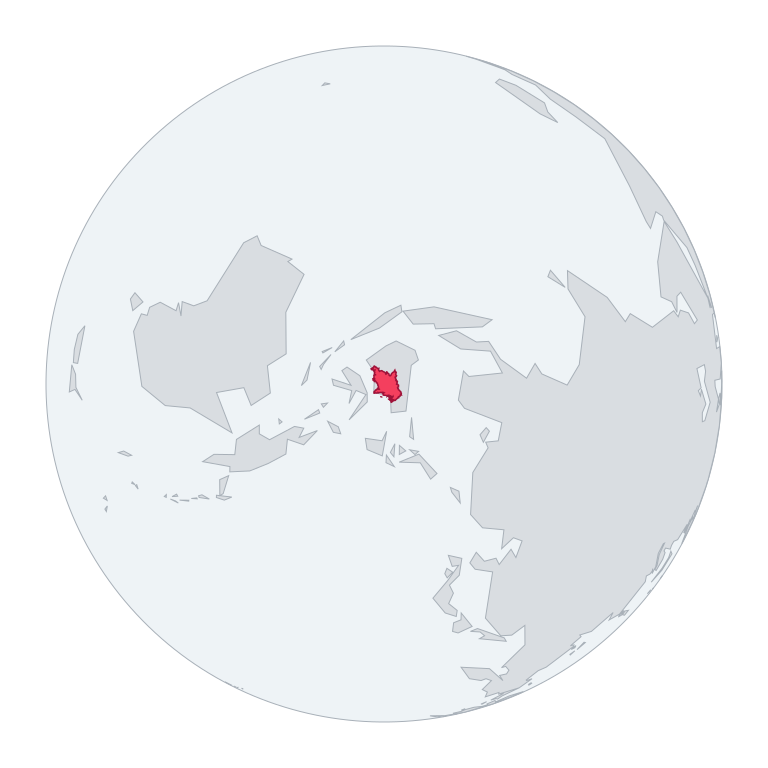 Kalimantan Timur highlighted on a globe, orthographic projection, rotated 137°
{"feature_id": "IDN-1185", "entity_name": "Kalimantan Timur", "entity_type": "Province", "adm_level": 1, "iso_a3": "IDN", "parent_name": "Indonesia", "parent_adm1": "", "projection": "orthographic", "projection_center": [116.728, 1.017], "detail": "fine", "context": "on_globe", "style": "filled", "palette": "rose", "viewbox_px": 768, "rotation_deg": 137, "n_neighbors": 0, "source": "natural_earth", "source_scale": "10m", "svg_char_len": 13057}
<svg xmlns="http://www.w3.org/2000/svg" viewBox="0 0 768 768"><g transform="rotate(137 384 384)"><circle cx="384" cy="384" r="338" fill="#eef3f6" stroke="#a8b0b8"/><path d="M674.0,480.1L673.6,482.5L673.3,482.9L674.0,480.1ZM556.9,93.6L557.2,93.8L555.4,92.8L556.9,93.6ZM548.7,88.9L572.2,104.2L576.7,110.0L564.7,99.1L558.1,94.8L557.7,95.9L550.8,91.9L546.7,90.5L538.5,86.1L532.1,81.3L526.7,78.7L526.7,79.7L518.6,76.8L519.3,75.4L505.2,70.5L491.8,64.0L494.5,64.7L522.1,75.6L548.7,88.9ZM703.4,274.7L700.7,267.2L702.4,271.3L703.4,274.7ZM698.9,263.2L699.9,265.6L699.1,263.7L698.9,263.2ZM698.3,262.1L698.7,262.9L698.3,262.1ZM697.7,261.7L697.9,261.6L698.0,261.9L697.7,261.7ZM695.7,258.7L695.1,257.7L695.1,256.8L695.7,258.7ZM565.7,99.2L565.1,98.7L568.0,100.7L565.7,99.2ZM547.6,91.2L549.9,92.8L546.8,91.5L547.6,91.2ZM531.4,83.8L525.6,81.7L530.4,82.9L531.4,83.8ZM521.5,80.0L507.6,76.1L511.6,79.0L492.3,69.6L510.6,75.4L515.8,76.1L516.6,77.5L521.5,80.0ZM483.9,65.6L479.6,64.3L482.9,64.8L483.9,65.6ZM96.5,206.5L94.2,210.8L96.4,210.8L116.6,183.1L113.0,182.4L123.1,169.2L134.7,158.4L139.5,161.1L143.6,156.2L149.7,144.8L160.0,136.7L152.8,140.4L148.9,145.3L144.3,148.3L147.6,144.2L151.1,141.1L152.3,138.9L135.2,155.5L129.3,162.3L127.9,163.5L146.8,143.3L167.2,124.8L189.2,107.9L212.4,92.9L215.3,91.4L217.5,90.0L239.9,78.4L241.8,77.5L244.9,76.0L271.9,65.2L275.1,64.2L258.5,72.5L249.4,75.8L250.8,74.1L237.5,81.2L244.3,77.9L242.3,79.6L253.9,74.8L253.1,75.9L265.8,70.1L266.0,70.9L257.9,74.6L275.4,69.9L279.4,71.3L283.8,69.9L287.3,68.0L290.0,72.0L293.1,70.9L293.4,69.0L299.8,65.7L312.2,62.0L312.4,63.6L308.0,65.1L299.1,71.5L287.3,76.3L288.6,76.7L299.0,73.0L309.8,65.1L317.2,62.5L313.3,65.7L315.3,64.3L319.0,63.6L323.0,64.7L327.8,61.2L368.6,55.1L380.3,57.9L372.3,60.6L401.0,61.6L412.0,66.9L412.2,64.8L426.2,65.4L422.9,63.6L424.1,62.8L458.5,66.3L466.8,69.2L481.9,70.5L482.0,69.8L476.7,67.5L492.3,69.6L511.6,79.0L510.3,80.0L523.3,86.1L518.5,88.2L520.5,93.5L507.7,93.8L510.4,98.9L515.2,100.9L522.5,110.2L520.8,124.3L501.0,103.9L499.3,86.0L498.2,92.0L492.1,88.4L487.8,89.5L487.6,94.5L491.5,96.4L458.8,97.1L445.6,111.4L461.8,113.2L470.3,120.2L469.5,143.6L432.7,172.5L443.7,186.4L443.2,194.6L431.3,198.0L431.5,185.9L420.9,180.2L422.9,173.4L403.8,176.5L405.9,167.1L390.0,175.1L394.2,183.3L410.3,183.3L395.7,195.6L410.0,211.6L409.7,229.5L379.4,258.7L351.4,266.3L349.3,272.1L339.2,264.5L324.2,275.4L341.7,311.3L340.6,321.5L317.0,339.3L316.8,331.6L289.9,311.3L283.7,335.4L304.0,357.3L310.9,382.2L294.7,373.5L287.8,351.7L278.4,343.8L281.9,322.6L275.8,291.0L259.5,296.0L261.7,283.7L250.8,258.3L228.0,265.0L191.1,296.1L184.6,328.0L172.5,341.8L161.7,295.1L165.0,265.0L155.9,267.5L149.0,242.4L122.2,240.0L123.0,232.5L116.9,235.9L112.8,228.3L115.8,216.4L111.2,217.1L104.4,248.8L109.9,248.4L120.9,236.5L117.5,248.0L122.0,258.8L100.5,286.7L68.3,311.8L72.9,288.1L88.6,225.8L92.5,219.1L92.9,218.4L93.6,217.0L87.0,227.9L92.4,216.3L75.6,258.4L69.4,277.2L67.7,313.2L65.9,316.9L67.7,324.6L83.0,316.0L81.4,324.0L69.4,361.3L55.2,412.8L61.5,448.5L68.1,479.0L69.2,499.2L79.2,522.9L81.2,531.2L88.0,544.7L95.3,559.0L100.4,567.7L88.2,547.3L77.4,526.0L68.1,504.1L60.5,481.5L54.4,458.5L50.0,435.1L47.2,411.5L46.1,387.7L46.7,363.9L48.9,340.2L52.9,316.7L58.4,293.5L65.6,270.8L74.4,248.7L84.7,227.2L96.5,206.5ZM136.5,179.7L144.6,181.9L154.7,164.9L158.7,164.7L160.7,159.4L155.4,163.7L162.3,149.8L170.8,145.9L176.9,139.3L174.4,138.4L157.9,148.2L147.8,167.5L140.1,174.0L136.5,179.7ZM112.1,187.6L107.4,192.8L108.8,190.2L110.1,188.9L112.1,187.6ZM107.4,189.9L107.2,190.1L107.3,190.0L107.4,189.9ZM314.9,53.2L312.9,53.7L310.7,54.1L312.0,53.8L314.9,53.2ZM327.7,50.8L325.7,51.2L327.2,50.9L327.7,50.8ZM218.6,640.2L225.6,644.4L221.9,644.6L218.6,640.2ZM85.6,475.1L96.8,528.4L91.6,528.3L83.8,512.5L74.9,480.1L78.7,471.2L78.6,456.7L85.6,475.1ZM397.0,446.0L407.5,448.4L407.1,449.9L397.0,446.0ZM386.1,439.6L398.0,441.1L384.1,443.0L386.1,439.6ZM402.6,441.7L414.8,439.6L420.0,437.5L419.1,440.7L402.6,441.7ZM378.0,439.1L334.8,435.5L317.9,430.1L321.7,424.6L349.1,428.0L378.0,439.1ZM320.4,424.3L294.8,406.3L261.1,357.3L273.1,358.7L308.6,389.2L306.3,394.0L321.8,407.9L320.4,424.3ZM383.0,398.8L380.6,413.6L356.6,410.5L345.8,407.2L338.3,387.5L342.5,378.1L351.3,379.1L386.4,349.2L398.4,358.1L387.4,370.9L397.4,384.7L383.0,398.8ZM185.6,331.1L191.0,350.7L184.7,353.7L185.6,331.1ZM401.2,328.0L386.6,340.8L400.1,323.3L401.2,328.0ZM409.5,311.3L410.1,318.4L404.6,311.1L409.5,311.3ZM348.4,281.4L339.0,282.4L339.1,277.6L351.1,273.6L348.4,281.4ZM409.4,245.0L408.2,258.6L406.0,263.1L402.3,254.5L409.4,245.0ZM323.7,56.8L306.3,59.6L294.2,62.9L288.2,66.1L289.2,63.4L307.8,58.3L323.7,56.8ZM363.0,54.8L368.2,53.0L371.0,53.8L370.2,54.3L363.0,54.8ZM362.6,53.7L359.6,51.8L365.8,50.9L366.9,52.5L362.6,53.7ZM334.4,51.0L329.2,51.6L331.5,51.0L334.4,51.0ZM594.0,608.0L596.6,611.5L586.9,620.5L574.0,629.1L563.0,630.6L594.0,608.0ZM503.9,620.6L504.3,608.4L517.7,609.0L511.5,619.1L503.9,620.6ZM602.9,601.5L611.6,591.7L615.8,577.9L613.7,590.8L619.6,592.8L599.2,611.0L602.9,601.5ZM456.6,565.5L390.3,583.0L375.7,578.9L379.4,569.1L366.1,538.1L370.8,539.1L367.7,518.7L406.9,503.4L435.0,472.8L456.8,476.9L473.3,454.9L495.8,458.9L489.0,476.9L512.3,492.0L528.5,451.9L542.1,498.7L558.7,517.4L562.7,547.4L531.2,593.3L513.6,600.8L510.4,595.7L503.1,599.9L491.9,596.4L486.1,579.4L478.8,583.6L486.1,572.2L475.4,581.9L469.8,570.9L456.6,565.5ZM617.2,504.0L620.4,505.8L625.1,515.0L620.1,512.5L617.2,504.0ZM665.9,487.7L667.1,491.9L663.9,492.1L665.9,487.7ZM673.3,482.9L669.5,483.5L674.0,480.1L673.3,482.9ZM634.7,480.2L636.3,483.4L634.9,484.1L634.7,480.2ZM633.5,479.0L635.5,474.8L635.1,479.3L633.5,479.0ZM618.6,451.6L620.6,449.6L621.4,451.6L618.6,451.6ZM423.0,449.9L437.6,439.4L445.5,439.2L423.0,449.9ZM615.8,446.2L610.8,444.9L611.4,442.6L615.8,446.2ZM616.2,440.6L615.6,437.2L618.7,445.6L616.2,440.6ZM606.7,431.5L612.7,438.5L606.0,432.1L606.7,431.5ZM603.0,431.7L598.6,428.4L598.9,427.4L603.0,431.7ZM553.0,428.7L569.6,450.9L556.3,448.5L541.3,434.1L529.7,444.1L503.2,439.0L509.2,432.6L505.7,421.3L478.4,414.0L472.8,406.4L482.5,402.8L464.5,395.4L484.2,394.3L492.3,409.5L503.5,399.7L522.8,404.8L541.5,412.0L556.7,424.9L553.0,428.7ZM484.4,425.8L487.8,426.2L484.8,430.2L484.4,425.8ZM590.2,419.0L596.6,427.1L595.8,428.7L592.7,427.1L590.2,419.0ZM560.1,422.9L576.4,413.5L580.2,414.3L569.4,426.1L560.1,422.9ZM572.4,405.1L580.0,408.0L584.0,415.3L582.4,416.9L572.4,405.1ZM444.2,408.3L443.4,412.2L438.3,408.6L444.2,408.3ZM450.8,406.6L466.2,412.5L449.4,409.9L450.8,406.6ZM404.4,388.6L408.8,398.3L422.9,393.6L412.1,401.2L421.8,417.5L418.6,423.1L409.0,405.5L405.7,422.5L399.5,421.6L396.0,406.5L402.3,389.1L408.5,382.3L434.0,381.6L404.4,388.6ZM450.6,395.2L446.6,383.9L449.6,377.1L454.0,383.2L450.6,395.2ZM434.7,357.0L424.1,343.8L414.3,347.6L434.3,332.6L441.1,347.6L434.7,357.0ZM426.0,329.6L416.8,332.9L426.4,324.0L426.0,329.6ZM414.6,328.6L413.7,320.2L420.9,322.0L414.6,328.6ZM430.7,330.4L432.8,316.5L436.2,325.1L430.7,330.4ZM411.2,301.6L426.2,316.5L406.3,308.9L406.3,282.4L414.8,282.6L411.2,301.6ZM463.7,206.3L462.1,199.5L470.0,199.1L468.9,203.8L463.7,206.3ZM494.3,194.0L471.6,196.8L453.1,200.5L458.5,204.1L453.8,214.8L446.0,203.4L459.4,192.8L473.3,192.3L475.9,183.7L486.5,179.3L484.9,168.5L489.7,164.7L495.4,174.8L494.3,194.0ZM483.7,163.9L484.9,146.6L499.6,151.4L502.6,156.3L495.9,161.9L488.5,159.0L483.7,163.9ZM489.5,144.1L482.4,141.4L469.2,116.3L470.1,112.5L487.9,132.6L482.1,131.3L482.8,137.1L489.5,144.1ZM480.6,65.3L479.7,64.4L483.1,65.7L480.6,65.3ZM422.0,61.8L424.2,61.0L428.1,62.1L422.0,61.8ZM432.4,59.5L426.4,58.7L432.6,58.8L432.4,59.5ZM413.1,57.6L424.0,58.1L413.8,58.7L413.1,57.6Z" fill="#d9dde1" stroke="#a8b0b8" stroke-width="1"/><path d="M382.8,364.1L383.1,364.5L383.3,364.4L383.5,364.4L383.9,364.3L384.5,364.5L384.9,364.4L385.5,364.5L386.6,364.5L386.7,364.3L386.9,364.3L387.2,364.6L387.7,364.9L388.2,365.3L388.8,365.4L388.9,365.5L388.7,365.7L387.8,365.4L388.0,365.7L387.9,365.8L388.3,365.9L388.4,366.0L388.7,366.1L389.2,366.7L389.6,366.8L389.4,367.0L389.0,366.8L388.7,366.8L389.0,366.9L389.3,367.2L389.6,367.1L389.8,367.2L390.2,367.7L389.7,367.7L389.9,367.9L390.4,368.0L390.5,368.1L390.0,368.6L389.3,368.6L388.8,368.4L388.6,367.8L388.4,367.6L388.5,368.1L388.7,368.5L388.1,368.6L386.1,368.5L385.9,368.6L385.8,368.8L386.1,368.7L386.8,368.7L386.9,368.8L386.8,369.0L387.0,369.4L387.4,369.5L387.5,369.7L387.8,369.7L388.2,369.7L388.2,370.1L387.8,370.5L387.7,370.9L387.2,370.7L387.2,370.8L387.7,371.2L388.3,371.3L388.3,371.6L388.9,371.7L389.2,371.8L389.3,372.1L388.9,372.4L389.1,372.4L389.5,372.3L389.6,372.5L388.8,372.8L389.9,372.9L389.3,373.3L389.6,373.5L390.0,373.6L390.3,374.3L390.5,374.6L391.4,375.4L391.7,376.1L391.8,376.0L392.0,376.2L392.1,376.6L391.8,376.9L391.2,377.1L391.0,377.6L390.5,377.6L390.9,377.9L390.5,378.0L390.0,377.9L390.0,378.0L390.4,378.1L390.6,378.3L390.8,378.3L390.7,378.6L390.7,378.8L390.9,378.9L391.1,379.3L391.6,379.5L391.8,379.5L392.2,380.2L392.6,380.4L393.1,380.8L393.6,381.0L394.0,381.2L393.9,381.4L394.1,381.5L394.2,381.8L394.3,381.7L394.6,381.9L395.1,382.0L395.5,382.4L395.9,382.7L396.1,383.0L396.3,383.3L396.6,383.8L396.9,383.6L397.3,383.8L397.4,384.1L397.5,384.2L397.1,384.6L396.6,384.9L396.5,385.1L396.2,385.2L395.4,385.0L394.8,385.3L394.3,385.1L394.0,385.0L393.8,385.2L393.4,384.9L392.6,384.8L392.1,384.6L391.8,384.4L391.4,383.6L391.1,383.4L390.9,383.4L390.9,383.6L391.4,384.2L391.4,384.5L391.6,384.8L391.7,385.3L391.4,385.3L391.2,385.1L390.9,385.1L390.4,385.2L390.0,385.6L389.8,386.2L389.3,387.0L389.2,387.2L389.3,387.4L389.0,387.7L388.7,388.3L388.7,388.7L388.4,389.0L388.5,389.1L388.4,389.4L388.4,389.7L388.5,389.7L388.5,389.8L388.7,390.2L388.5,390.5L388.3,391.2L388.2,391.4L388.2,391.7L388.4,391.9L388.5,392.0L388.5,392.3L388.3,392.5L388.2,393.1L389.1,392.5L389.3,392.5L389.2,392.8L388.9,392.9L388.9,393.0L389.1,393.1L389.1,393.4L389.0,393.5L388.7,393.6L389.0,393.7L389.0,393.8L388.8,394.0L388.5,394.1L389.2,394.3L389.3,394.5L388.9,394.7L388.8,394.8L388.5,394.7L388.5,394.9L388.3,394.8L388.2,395.2L387.8,394.9L387.8,395.2L387.6,395.3L387.5,395.0L387.3,394.8L387.1,395.4L386.6,395.8L386.0,396.6L385.8,396.7L385.7,397.1L385.4,397.3L384.5,397.4L384.5,397.2L384.4,397.2L384.4,396.8L384.1,396.5L384.2,396.0L384.0,396.3L383.9,396.6L384.2,397.0L384.4,397.3L384.2,397.7L384.2,398.0L383.1,398.5L382.9,398.7L382.9,399.0L383.0,399.3L382.9,399.6L381.6,400.0L381.0,400.5L381.4,400.6L381.7,400.5L381.9,400.5L381.9,400.4L382.3,400.5L382.1,400.9L382.5,401.2L382.4,401.5L382.4,402.0L382.2,402.2L381.7,402.4L381.4,402.8L381.9,402.6L382.0,402.7L382.0,402.9L382.1,403.0L382.8,402.8L382.9,403.0L383.2,402.9L383.3,403.1L383.1,403.9L382.0,403.6L380.0,403.5L379.7,403.4L379.3,403.6L379.2,403.8L378.8,403.7L378.6,402.9L378.7,402.1L378.3,401.9L378.2,401.6L378.2,400.5L377.9,399.6L377.7,399.4L377.6,399.0L377.2,398.9L377.6,398.5L378.1,398.4L378.5,397.6L378.6,397.1L378.6,396.4L378.2,396.5L377.7,395.9L376.9,395.6L376.5,395.2L376.5,394.9L376.3,394.6L376.1,393.5L375.7,392.8L375.4,391.8L375.5,391.1L375.7,390.6L375.9,389.9L375.4,389.8L375.1,389.8L374.3,390.7L374.0,390.8L373.8,391.0L373.7,391.0L373.6,390.4L373.9,389.6L373.7,389.0L373.5,388.2L374.0,387.2L374.2,386.9L374.3,386.8L374.2,386.2L374.0,385.9L373.7,385.7L373.2,385.6L373.0,385.8L372.3,386.0L371.8,386.3L370.1,386.5L369.4,386.4L369.0,386.2L368.2,386.2L367.7,386.4L366.6,386.7L366.8,386.3L367.0,386.2L367.4,385.8L367.6,384.9L367.6,384.7L367.1,384.7L367.1,384.2L367.3,384.1L368.0,383.6L369.1,382.8L369.2,382.5L369.1,382.1L369.1,381.5L370.1,381.1L370.4,381.2L370.9,381.5L371.1,381.5L371.3,381.3L371.2,380.9L371.6,380.6L371.9,380.0L371.9,379.1L372.0,379.0L372.4,379.0L372.8,378.8L372.9,378.0L372.5,378.0L372.4,377.4L372.5,376.7L373.3,376.5L373.4,376.1L373.7,376.1L374.2,375.7L374.4,375.5L375.0,375.3L375.0,375.2L374.7,374.7L374.2,374.7L374.2,374.2L374.4,373.9L374.4,373.7L374.2,373.3L374.4,373.1L374.5,372.8L375.1,372.4L375.3,372.1L375.7,372.4L376.6,372.1L376.7,371.7L376.9,371.4L376.7,371.2L376.9,370.2L377.1,369.8L377.3,369.8L377.0,368.6L377.1,368.1L377.3,367.4L377.0,367.0L377.0,366.9L377.3,366.7L377.4,366.4L377.6,365.4L378.1,365.0L378.4,365.1L378.4,364.9L378.6,364.8L378.7,364.4L378.8,364.1L379.0,364.3L379.6,364.5L379.8,364.8L380.4,364.4L380.5,364.2L381.1,364.3L381.5,364.2L381.7,364.3L381.8,364.3L382.0,364.7L382.3,364.5L382.5,364.6L382.6,364.4L382.8,364.1ZM388.6,369.5L387.8,369.4L387.2,369.4L387.0,369.2L386.9,369.0L387.2,368.8L387.4,368.9L387.9,369.0L388.2,369.2L388.6,369.3L388.6,369.5ZM388.9,369.7L389.6,369.8L389.6,370.0L389.5,370.4L389.5,370.7L389.4,370.9L389.3,370.6L388.9,370.3L388.7,369.9L388.8,369.8L388.9,369.7ZM389.7,365.5L390.9,365.5L391.1,366.1L390.8,366.2L390.5,366.2L389.7,365.5ZM389.5,365.5L390.0,365.9L390.0,366.1L389.8,366.5L389.5,366.5L389.3,366.3L389.1,366.0L389.2,365.8L389.5,365.5ZM390.9,369.4L390.9,369.6L390.5,369.4L390.2,369.1L390.2,368.9L390.3,368.8L390.6,368.9L390.9,369.4ZM388.4,370.3L388.7,370.4L388.7,370.6L388.3,370.6L388.2,370.7L388.2,370.3L388.4,370.3ZM390.6,367.6L390.2,367.5L389.9,367.2L390.1,367.2L390.4,367.3L390.6,367.4L390.6,367.6ZM395.0,376.8L395.4,377.1L395.1,377.0L394.9,376.8L394.8,376.4L395.2,376.6L394.9,376.5L395.0,376.8Z" fill="#f43f5e" stroke="#9f1239" stroke-width="1.5"/></g></svg>